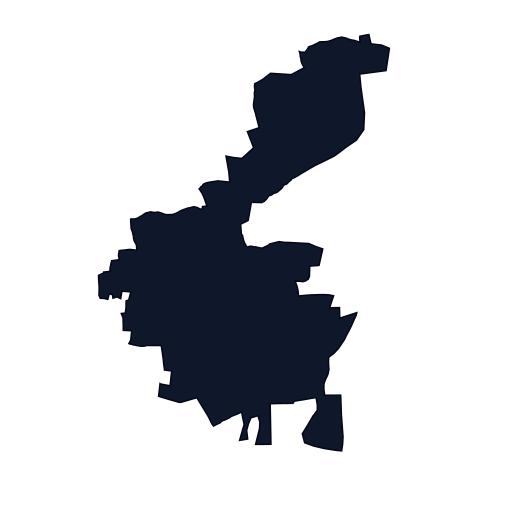 outline of Cuncunul, Yucatán, Mexico, rotated 172°
{"feature_id": "50627088B4763987970493", "entity_name": "Cuncunul", "entity_type": "district", "adm_level": 2, "iso_a3": "MEX", "parent_name": "Mexico", "parent_adm1": "Yucatán", "projection": "robinson", "projection_center": [-88.345, 20.622], "detail": "fine", "context": "isolated", "style": "filled", "palette": "ink", "viewbox_px": 512, "rotation_deg": 172, "n_neighbors": 0, "source": "geoboundaries", "source_scale": "gbopen_adm2", "svg_char_len": 6030}
<svg xmlns="http://www.w3.org/2000/svg" viewBox="0 0 512 512"><g transform="rotate(172 256 256)"><path d="M95.0,443.1L102.3,447.4L112.6,450.1L113.4,459.6L113.7,459.6L116.7,459.5L121.9,459.2L122.6,459.2L123.0,457.5L123.2,453.4L124.8,454.0L125.2,454.2L126.2,454.6L127.4,455.2L128.8,455.9L130.1,456.3L131.2,456.6L133.2,457.4L136.2,459.1L138.7,460.1L139.5,460.4L140.9,460.9L142.9,460.7L144.3,460.6L145.1,460.6L146.1,460.4L149.7,459.6L150.7,459.2L151.4,459.0L153.2,458.8L154.9,458.5L157.0,458.6L158.8,458.7L162.0,459.1L163.0,459.1L163.5,459.1L165.2,458.3L167.8,457.5L169.2,457.1L170.7,456.5L172.9,456.2L173.5,456.1L174.9,455.7L175.4,454.8L176.2,453.8L177.3,452.7L178.3,451.9L179.6,450.8L181.0,451.3L181.7,451.5L182.6,451.5L183.2,451.6L184.2,452.3L184.6,452.5L184.3,450.5L184.3,448.9L184.4,447.8L184.3,446.2L184.1,445.2L184.1,444.0L184.2,443.4L184.0,441.6L183.7,440.1L182.8,437.7L182.3,436.1L182.1,435.7L195.9,430.7L201.1,431.8L216.2,434.9L224.5,430.1L230.2,427.8L231.8,427.3L233.4,426.7L234.0,423.4L233.9,420.9L235.0,417.5L235.3,414.0L236.3,410.4L237.3,406.7L237.6,404.7L237.4,402.0L236.7,397.7L236.4,394.5L235.0,382.6L247.2,380.4L243.3,363.5L256.4,354.6L264.5,356.6L271.8,359.1L271.5,350.8L271.2,342.3L271.3,341.9L271.5,337.6L271.8,332.9L283.4,335.7L289.6,335.6L290.1,335.6L290.4,335.6L291.1,335.6L292.4,335.5L293.6,335.5L295.0,335.3L295.5,335.2L296.1,335.1L296.9,334.8L297.9,334.6L298.8,333.8L299.6,332.7L300.6,332.5L300.9,332.3L301.7,331.3L302.4,330.7L303.0,330.4L300.5,325.2L299.3,320.8L297.6,312.3L302.1,312.4L302.7,310.3L302.8,309.8L303.2,309.9L304.6,310.3L305.5,310.8L307.0,311.9L307.3,312.2L307.9,312.4L308.7,312.6L309.8,313.2L310.4,313.3L311.6,313.4L312.0,313.4L314.5,313.0L314.8,313.0L316.2,313.0L316.5,313.0L317.8,312.8L319.5,312.4L320.6,312.2L321.2,312.1L322.4,311.8L325.0,311.1L326.0,310.6L327.3,310.1L328.7,309.6L329.6,309.4L330.6,309.2L332.0,308.9L333.1,308.7L338.7,309.4L339.3,309.4L339.9,309.8L340.7,310.1L341.1,310.3L342.0,310.8L342.9,311.3L343.8,311.8L344.9,312.2L345.3,312.5L347.3,313.3L348.2,313.1L349.1,313.1L349.9,313.3L351.1,313.3L351.9,313.6L352.8,314.0L353.3,314.1L354.2,314.4L355.0,314.3L359.3,313.9L360.1,313.5L361.1,313.0L362.0,312.7L363.3,311.7L364.6,311.5L365.6,311.0L366.0,310.9L366.7,310.6L367.2,310.3L368.0,310.0L370.8,309.6L371.5,309.7L372.6,309.7L374.1,310.1L375.0,310.0L375.2,308.2L375.8,300.5L375.4,298.6L375.1,297.4L374.9,295.6L374.8,294.1L374.7,293.3L374.7,292.1L374.8,290.4L374.6,288.7L374.5,287.9L374.1,286.7L373.6,285.5L373.1,284.4L372.9,282.0L373.1,280.3L373.0,278.5L375.1,278.8L380.0,280.1L383.4,280.2L384.7,280.2L390.3,280.4L390.7,280.4L391.4,278.2L392.2,275.2L391.9,271.4L394.4,271.4L397.3,271.4L399.6,271.4L400.5,269.2L401.3,266.9L402.1,264.7L402.8,261.1L409.2,261.3L409.5,260.3L414.6,258.8L415.0,255.9L415.7,246.5L416.4,242.4L416.4,242.1L417.0,238.9L416.1,235.8L412.3,235.1L408.8,233.7L406.6,239.0L403.5,237.6L403.5,234.1L400.1,234.8L399.4,234.9L395.9,232.6L393.7,239.8L390.5,239.1L385.0,237.9L386.9,233.2L388.0,230.6L388.2,230.2L390.9,229.6L391.9,223.1L392.0,222.6L393.3,218.0L393.4,217.7L397.4,217.8L396.3,213.3L396.4,212.3L397.0,206.7L397.8,200.8L389.5,199.3L391.7,190.4L392.7,188.8L394.1,187.0L393.5,186.6L392.5,186.2L391.9,186.0L391.3,185.9L390.8,185.5L390.0,185.1L388.3,184.6L385.5,183.6L384.7,183.3L382.9,182.8L380.6,182.4L379.2,182.3L378.0,182.4L376.7,182.6L362.3,180.5L362.2,172.1L362.3,163.9L362.4,163.5L362.5,155.8L355.5,153.9L356.5,150.1L359.1,139.5L364.5,141.2L368.4,142.6L368.8,143.0L372.0,130.6L362.2,126.1L352.5,121.8L350.9,121.5L334.3,123.9L331.3,116.9L325.9,104.5L323.0,95.9L321.8,93.5L319.7,94.2L317.7,94.9L314.9,95.7L313.9,96.5L311.8,97.7L309.8,97.9L306.5,99.0L304.5,99.6L302.8,100.6L300.3,101.2L295.7,102.3L292.0,103.6L291.2,90.7L293.2,86.4L297.9,75.7L289.7,75.9L289.5,84.7L286.9,90.7L283.6,96.4L276.3,97.6L275.3,91.1L276.5,84.7L282.6,69.5L280.8,69.3L278.5,68.9L267.4,67.5L263.8,97.2L262.5,107.7L255.1,106.9L250.5,106.3L245.2,105.6L239.9,105.0L238.2,106.9L237.3,106.9L228.3,107.1L216.2,107.5L216.0,100.0L216.8,94.6L219.2,92.2L220.5,90.8L221.7,89.8L224.7,86.0L228.0,81.8L234.9,73.5L233.8,64.3L227.2,60.8L225.1,59.7L215.0,55.8L203.4,52.3L198.3,51.1L198.3,51.3L196.5,57.2L195.0,64.7L194.3,75.3L193.5,87.4L191.7,104.3L191.5,106.4L207.6,108.6L207.4,109.4L207.3,110.6L207.4,112.9L207.2,115.4L206.5,120.0L205.3,122.3L203.8,125.0L202.4,126.9L201.2,128.9L200.3,131.5L199.5,133.8L199.4,136.4L198.9,141.5L198.1,145.6L192.4,148.8L187.7,152.5L184.1,156.4L180.3,160.6L176.7,165.9L174.2,169.2L171.4,173.3L169.2,176.9L167.4,179.8L165.1,183.2L164.1,185.9L181.7,182.8L180.5,193.3L182.1,193.5L190.3,194.5L190.0,195.0L189.8,195.3L189.5,196.0L189.0,197.2L184.7,205.8L189.2,207.4L194.6,208.4L196.7,208.7L201.4,209.2L206.8,209.8L212.2,210.2L219.4,210.5L219.3,212.3L219.2,215.5L219.3,217.6L219.5,219.8L219.9,221.8L220.7,225.3L218.1,225.2L215.4,224.7L213.0,224.0L210.1,224.5L207.4,225.9L205.9,228.4L204.2,238.5L194.9,237.9L188.9,253.7L195.2,256.9L202.0,261.0L222.9,265.1L224.9,265.3L231.1,267.0L239.6,266.2L239.8,266.2L240.0,266.2L241.1,265.8L242.1,265.1L242.6,264.9L244.0,264.4L245.1,264.0L246.6,263.7L247.5,263.2L248.5,263.1L249.3,263.0L250.2,263.3L251.2,263.7L252.3,264.0L255.3,265.2L255.9,265.2L256.7,265.2L257.6,265.8L258.9,266.2L259.5,266.3L260.7,266.5L262.7,266.2L263.7,266.0L264.0,266.8L264.5,268.0L264.8,268.8L265.2,269.8L265.5,270.7L265.9,272.2L266.1,273.9L266.3,275.2L266.3,275.9L266.4,277.2L266.6,278.6L267.5,278.5L266.8,289.6L258.8,292.3L253.1,309.8L243.0,308.1L240.0,309.1L239.5,309.5L238.7,310.2L237.5,311.0L236.4,312.2L235.9,312.9L235.3,313.5L234.7,313.8L234.3,313.9L232.7,314.2L232.1,314.3L231.4,314.6L230.5,315.2L229.6,315.6L228.8,315.7L227.9,315.8L226.4,316.1L225.9,316.3L221.6,319.1L220.2,320.2L219.6,321.2L217.9,322.7L216.3,322.8L215.1,323.3L214.4,323.9L213.1,324.9L212.2,325.5L210.9,326.2L209.6,327.6L208.6,327.9L207.4,328.1L202.9,329.9L200.8,330.9L186.1,337.0L164.7,344.0L156.6,348.4L151.3,351.4L140.4,356.8L131.7,366.2L128.6,383.0L128.6,408.5L128.1,420.1L128.0,421.8L126.7,421.7L101.4,421.5L95.0,443.1Z" fill="#0f172a" stroke="#020617" stroke-width="1.5"/></g></svg>